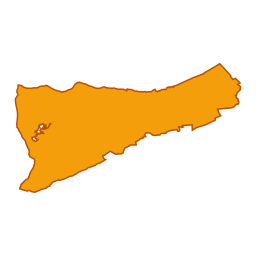 outline of Ciceu, Harghita, Romania
{"feature_id": "2599482B51103948485004", "entity_name": "Ciceu", "entity_type": "district", "adm_level": 2, "iso_a3": "ROU", "parent_name": "Romania", "parent_adm1": "Harghita", "projection": "robinson", "projection_center": [25.684, 46.388], "detail": "fine", "context": "isolated", "style": "filled", "palette": "amber", "viewbox_px": 256, "rotation_deg": 0, "n_neighbors": 0, "source": "geoboundaries", "source_scale": "gbopen_adm2", "svg_char_len": 5619}
<svg xmlns="http://www.w3.org/2000/svg" viewBox="0 0 256 256"><path d="M236.5,104.2L236.9,104.1L237.4,104.4L238.2,104.0L238.8,103.1L238.9,102.4L238.7,101.6L238.3,101.4L238.3,100.6L237.8,98.5L236.9,98.1L236.4,98.1L236.2,96.9L235.5,95.6L236.2,95.5L236.7,94.9L236.5,94.5L237.0,93.1L239.0,90.9L240.2,89.9L240.1,89.6L240.5,88.8L240.1,88.5L240.6,86.7L239.2,85.4L239.0,85.5L237.5,84.3L240.1,82.9L235.3,78.3L232.9,79.5L230.5,76.5L230.7,76.3L230.8,75.7L219.8,63.8L203.3,73.5L203.5,73.8L192.9,77.8L176.2,85.5L174.2,85.9L173.6,87.0L173.0,87.3L172.9,86.6L172.7,86.4L170.7,87.0L170.1,86.9L169.8,87.6L169.4,87.1L168.8,87.0L167.0,87.6L166.5,88.5L165.6,89.6L165.3,89.7L164.4,89.3L164.0,89.5L163.2,89.4L161.6,89.7L160.2,90.5L159.9,90.9L159.4,90.6L157.2,91.7L156.9,91.4L156.3,91.5L155.2,89.4L154.4,89.5L154.0,89.7L153.9,90.0L152.4,90.6L152.0,91.2L151.3,91.6L149.8,91.8L147.9,91.8L146.8,92.1L146.1,92.1L145.4,91.5L143.1,91.8L141.4,91.8L141.0,91.6L139.3,91.8L136.5,91.1L135.1,91.2L132.1,89.8L131.0,89.5L128.8,89.4L127.4,89.0L127.1,89.0L126.8,90.8L125.0,89.8L124.1,89.8L123.5,89.3L119.9,89.1L117.8,89.3L116.6,88.7L116.3,88.7L113.9,88.0L111.8,88.4L110.4,88.1L108.8,88.1L105.7,87.6L105.3,87.2L104.5,87.1L104.4,86.9L102.5,87.2L100.9,88.0L98.3,88.4L97.3,88.3L94.5,87.8L92.5,86.7L89.2,85.8L87.3,84.9L86.8,84.5L85.1,84.0L84.7,84.0L81.7,82.9L81.1,83.0L79.6,82.2L77.5,82.6L75.1,84.1L73.0,87.4L71.7,88.8L68.4,89.9L66.2,91.0L63.8,91.7L62.8,91.7L61.8,92.2L60.9,92.0L60.5,91.6L59.9,91.3L57.9,90.9L55.4,90.1L52.0,88.6L47.6,85.8L46.2,85.4L45.5,85.5L44.4,86.2L43.5,86.2L42.7,86.0L39.6,86.5L38.9,87.1L36.9,87.8L34.8,87.8L30.6,88.3L26.9,88.2L25.5,87.8L23.3,87.0L22.1,85.9L20.8,85.4L19.4,85.1L18.2,85.1L17.9,88.3L17.0,90.1L16.9,91.7L17.1,92.7L17.7,93.7L18.0,94.8L15.9,98.0L15.5,99.0L15.4,100.4L16.0,105.0L17.1,110.0L17.5,112.7L17.5,117.1L16.8,124.0L16.7,124.2L17.2,126.8L16.9,127.2L18.6,129.4L19.1,131.0L21.2,134.1L21.7,135.1L22.0,136.9L23.4,138.5L24.1,139.5L24.6,139.9L25.4,141.2L26.0,143.4L27.5,147.1L28.0,148.2L28.6,149.1L29.1,150.6L29.3,151.9L28.9,154.1L29.0,154.7L29.5,155.3L29.9,156.7L32.3,158.0L33.7,158.4L34.8,160.1L34.8,160.5L34.5,161.5L34.7,162.9L33.4,167.3L30.5,172.3L28.2,178.4L27.1,179.2L26.0,179.6L24.5,181.0L21.8,183.9L21.1,184.1L20.6,186.5L19.8,188.1L19.8,188.9L20.5,188.9L21.8,189.5L25.5,190.6L26.6,190.8L27.3,191.1L29.1,190.4L32.1,191.8L35.1,192.2L37.9,190.9L39.2,190.6L40.2,189.9L41.7,189.3L46.1,188.2L46.5,187.9L47.1,187.1L49.3,186.3L50.1,185.8L50.1,184.9L50.3,184.9L52.3,182.7L52.6,182.2L58.2,180.1L60.0,180.3L62.4,179.4L63.6,179.2L64.8,178.8L66.3,177.8L67.8,177.4L68.8,176.6L69.5,176.4L72.4,176.0L73.2,175.4L76.9,173.4L77.9,172.6L78.9,172.0L80.1,171.7L80.9,171.1L83.5,170.1L85.5,169.6L88.8,167.5L90.0,167.1L91.2,166.9L93.5,165.9L94.8,165.6L97.8,163.6L99.5,163.2L105.7,159.6L105.2,159.3L104.6,159.5L103.2,157.4L103.1,157.0L102.5,155.9L102.6,155.5L104.0,155.3L105.2,154.8L106.8,153.4L107.5,153.1L109.8,151.5L110.4,151.3L115.3,154.1L117.7,154.1L118.6,153.7L119.5,153.9L121.1,153.9L123.0,153.1L123.3,151.5L123.8,150.1L124.4,149.7L124.9,148.2L125.4,147.8L129.3,145.9L129.2,145.6L129.4,145.5L131.4,144.7L131.4,144.9L132.2,144.9L136.2,144.9L135.7,141.7L136.4,141.6L139.0,140.1L140.5,138.6L142.8,138.4L143.2,137.5L142.7,137.4L143.2,137.1L144.2,137.0L145.5,136.6L145.0,136.1L145.0,135.5L144.4,135.1L146.1,132.6L147.5,132.9L149.4,132.9L150.7,133.4L151.3,134.1L152.3,134.5L152.3,134.9L153.6,135.4L156.5,135.3L157.1,135.2L157.7,134.8L158.3,134.9L158.5,135.1L159.5,135.0L160.1,134.9L160.3,134.3L160.9,133.7L162.8,133.3L163.8,133.5L166.0,133.1L166.2,132.5L167.6,131.5L170.2,130.7L173.9,129.9L176.7,129.6L177.0,129.7L177.5,130.5L177.5,131.0L179.0,131.3L179.7,130.4L179.8,129.9L179.6,128.5L178.8,126.8L181.3,126.9L181.5,127.4L183.2,127.0L182.6,126.3L182.4,125.5L192.1,124.9L192.3,130.3L196.5,127.6L205.3,124.9L214.2,120.7L215.2,120.2L215.2,118.1L220.8,115.8L220.3,115.1L219.1,113.2L217.6,109.2L231.9,107.8L234.2,106.6L236.5,104.2ZM48.1,127.7L45.0,129.1L44.3,129.1L44.2,128.8L43.9,128.9L44.0,128.7L44.3,128.6L44.3,127.9L43.3,127.7L43.3,128.4L43.6,128.6L43.3,128.6L43.3,128.8L43.2,127.7L42.9,127.7L43.0,128.4L42.8,128.5L41.8,129.0L41.1,128.6L40.7,129.1L39.9,130.6L40.3,130.8L40.9,131.3L41.1,132.1L41.6,131.8L42.0,132.1L42.6,132.2L42.0,132.8L43.2,133.3L44.2,133.9L42.0,132.9L41.9,133.0L41.7,132.9L41.8,132.8L41.0,132.3L40.8,132.5L41.2,132.7L40.4,133.6L40.1,133.4L39.6,133.4L39.4,133.6L39.2,133.2L37.6,133.5L37.7,133.9L37.3,133.8L37.4,134.3L37.7,134.4L37.6,134.7L36.7,134.6L36.4,136.1L35.1,137.6L35.2,138.2L35.5,138.6L36.9,138.9L36.9,140.0L37.6,139.9L36.9,140.7L35.6,141.4L35.0,141.4L34.8,141.2L34.6,140.7L33.9,140.5L33.5,140.7L32.4,139.4L32.2,138.1L31.9,137.8L31.9,137.4L34.7,136.9L35.5,135.6L36.5,135.5L36.6,133.8L37.0,132.9L35.8,132.2L34.9,132.0L34.9,131.8L35.3,131.3L35.9,131.6L36.1,131.3L36.5,131.4L36.7,131.2L36.5,130.7L36.8,130.6L36.7,130.5L37.1,130.2L37.4,130.1L37.6,130.3L37.7,130.2L38.0,129.4L38.8,128.4L39.0,127.7L39.3,127.5L38.9,127.4L39.0,126.8L39.4,126.7L39.5,125.9L39.1,126.1L38.8,125.9L39.0,125.4L39.6,125.1L39.6,124.8L39.6,125.1L40.3,124.4L40.8,124.6L40.7,124.9L41.7,124.6L41.8,124.5L41.4,124.3L42.2,124.2L42.3,124.0L42.5,124.0L43.0,123.7L43.1,123.9L43.3,123.9L43.4,124.1L43.4,124.4L43.9,124.6L44.3,125.5L46.6,124.6L45.4,125.1L45.5,125.3L45.1,125.4L45.1,125.7L44.2,125.7L44.1,125.9L43.8,125.7L43.6,125.9L44.0,126.4L45.1,126.7L45.2,127.1L46.1,127.0L46.1,127.8L44.9,127.7L44.8,127.9L45.2,128.0L45.1,128.5L45.4,128.9L48.1,127.7L48.4,127.4L48.6,126.4L49.4,125.6L49.5,125.0L50.2,124.2L49.7,123.9L50.2,123.5L50.7,124.0L50.2,124.2L49.6,125.0L49.4,125.6L48.6,126.4L48.4,127.4L48.1,127.7Z" fill="#f59e0b" stroke="#b45309" stroke-width="1.5"/></svg>